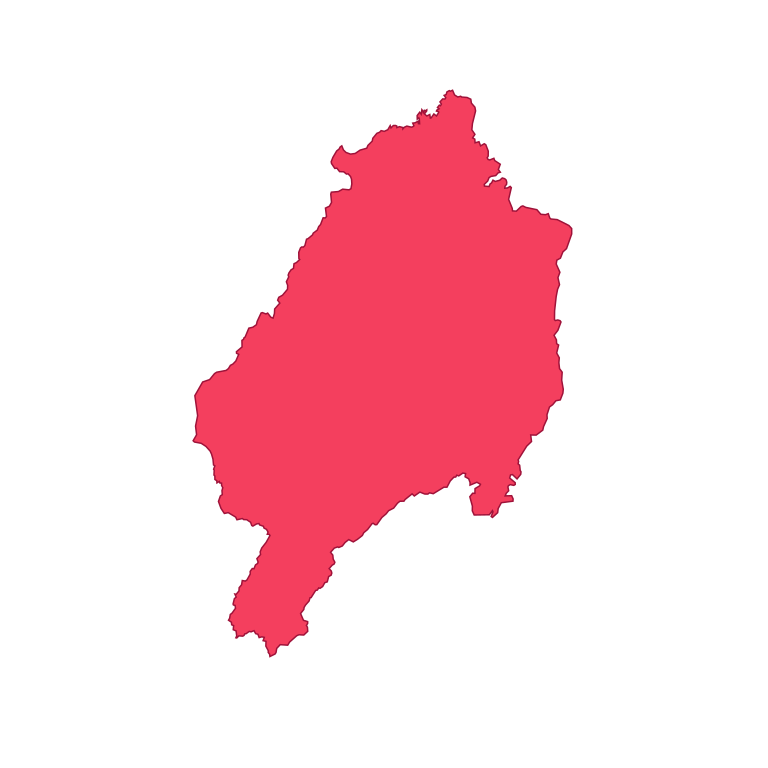 Nakhon Thai, Phitsanulok, Thailand (Equal Earth projection), rotated 205°
{"feature_id": "78962969B15017109153074", "entity_name": "Nakhon Thai", "entity_type": "district", "adm_level": 2, "iso_a3": "THA", "parent_name": "Thailand", "parent_adm1": "Phitsanulok", "projection": "equal_earth", "projection_center": [100.905, 17.13], "detail": "fine", "context": "isolated", "style": "filled", "palette": "rose", "viewbox_px": 768, "rotation_deg": 205, "n_neighbors": 0, "source": "geoboundaries", "source_scale": "gbopen_adm2", "svg_char_len": 6153}
<svg xmlns="http://www.w3.org/2000/svg" viewBox="0 0 768 768"><g transform="rotate(205 384 384)"><path d="M226.7,367.7L228.7,368.3L229.3,370.8L230.4,371.9L228.4,388.0L226.0,394.2L229.5,399.8L224.5,402.0L220.6,409.3L221.4,412.9L221.5,421.7L223.3,425.0L224.3,433.1L222.4,436.5L221.1,441.5L217.5,444.1L218.0,451.3L219.3,455.0L224.6,462.6L227.5,470.0L231.4,472.1L234.5,477.2L236.2,481.8L240.6,485.1L242.2,493.1L244.6,493.5L246.4,496.9L250.5,500.0L249.1,506.1L249.8,515.0L251.2,515.8L253.5,515.5L255.6,513.9L256.7,514.4L260.3,522.4L264.9,536.0L266.7,543.2L266.9,548.2L271.3,553.9L271.8,559.6L278.6,565.5L279.7,569.3L277.3,572.6L277.7,579.3L275.8,583.8L277.3,599.3L279.6,604.2L283.4,605.8L296.5,606.2L302.4,604.1L303.9,604.5L307.1,607.8L309.2,605.7L313.6,604.1L319.1,606.6L330.1,604.0L333.4,604.1L334.7,602.9L337.1,596.6L340.7,595.2L342.0,597.4L349.1,604.0L351.6,615.8L353.2,616.4L354.9,613.9L357.3,612.5L357.9,614.2L357.3,616.8L358.0,618.7L359.5,620.5L361.4,621.1L363.9,620.7L365.2,617.6L368.8,614.6L371.4,614.8L371.5,611.7L372.4,610.2L372.2,607.4L376.6,605.8L377.5,607.3L375.8,611.7L376.0,615.5L374.7,617.4L370.8,620.1L369.8,623.6L368.1,625.1L371.0,626.7L371.5,632.3L378.1,633.3L379.8,635.0L382.9,631.7L384.6,631.5L386.1,632.6L385.9,634.6L387.9,639.1L392.9,643.9L394.7,644.1L397.1,640.6L400.3,643.7L403.4,641.1L405.2,644.3L407.7,644.5L407.1,648.7L411.8,651.5L413.9,657.4L416.4,670.2L418.6,673.3L423.5,675.5L425.7,678.8L429.8,678.8L434.9,676.9L436.1,677.2L438.4,675.3L442.2,675.8L446.0,679.2L447.6,677.4L448.8,677.5L450.4,675.3L450.0,672.6L451.5,671.0L449.0,669.6L449.2,668.0L451.3,667.2L452.5,663.3L450.3,662.0L450.4,660.1L451.7,660.1L452.4,657.2L450.4,656.7L451.9,654.5L451.8,653.5L449.7,653.9L449.2,653.2L449.7,649.1L452.9,649.8L453.7,645.2L454.4,644.6L456.4,647.6L458.5,645.0L461.5,645.9L460.7,649.6L461.1,650.5L461.9,649.2L463.1,649.1L462.8,645.8L463.4,647.4L465.6,648.6L464.3,644.2L466.5,645.4L467.4,641.3L465.8,638.1L465.0,640.0L464.1,639.3L461.7,634.9L462.8,634.5L464.2,636.5L466.3,633.8L468.2,632.6L466.0,630.6L466.5,629.5L467.6,628.4L472.3,627.4L474.1,625.3L474.7,623.2L475.4,624.4L478.7,623.8L480.7,621.8L481.5,623.2L482.7,623.2L484.8,622.2L485.9,619.1L487.6,620.8L488.0,616.1L490.5,613.1L493.7,612.4L494.4,610.3L496.4,608.2L498.0,602.0L497.3,599.1L499.4,593.5L499.3,590.4L504.5,585.9L507.5,580.8L511.5,578.2L516.3,577.8L519.7,579.0L522.9,582.0L523.9,580.3L524.0,578.0L525.4,575.2L526.1,567.8L525.8,563.1L524.7,561.6L519.7,558.6L517.9,559.7L514.0,557.7L510.2,559.3L506.8,558.4L505.3,559.3L502.0,557.9L500.0,555.9L497.7,551.7L496.5,547.0L497.8,545.2L503.8,543.1L506.6,539.2L512.8,535.6L512.5,533.6L508.3,526.4L508.6,522.1L511.4,518.7L506.9,511.5L507.4,509.7L509.4,508.9L508.9,501.7L509.7,499.1L509.5,495.3L511.9,490.8L511.8,488.9L514.3,483.6L515.4,482.5L514.2,476.0L514.9,474.0L516.4,473.5L517.2,472.1L516.9,467.3L514.2,461.8L513.0,461.2L514.7,457.0L516.4,455.0L514.9,450.5L516.5,448.2L517.1,444.5L516.9,442.2L515.6,440.8L515.7,435.4L513.0,432.7L511.5,429.1L513.5,421.6L516.0,418.1L515.8,415.0L512.6,413.3L514.8,405.8L513.1,401.6L512.4,396.8L514.8,396.7L519.4,399.1L520.6,397.6L524.4,397.3L525.4,396.4L525.4,387.1L524.7,383.8L526.9,380.0L530.1,377.5L529.7,367.9L530.4,366.7L530.2,365.1L531.2,363.5L528.3,357.6L531.4,350.9L530.6,349.5L528.2,349.5L528.0,342.2L529.4,338.2L531.1,336.0L531.5,332.3L532.8,329.6L540.6,324.0L542.0,321.8L543.9,314.3L549.2,309.2L550.5,293.5L539.5,276.5L537.0,266.2L532.4,258.8L533.0,251.9L531.3,251.3L524.6,253.0L519.0,252.2L513.2,249.7L510.7,247.6L507.3,243.7L504.3,238.6L502.7,238.3L502.4,234.7L501.5,234.2L499.6,229.6L498.4,229.1L496.9,226.0L494.7,225.7L493.6,223.8L492.1,226.1L490.9,224.9L489.3,225.5L488.3,223.4L486.3,221.9L485.8,218.9L483.8,215.4L485.0,213.4L484.4,207.6L479.2,202.4L474.0,199.2L470.8,201.6L462.2,200.7L459.9,198.8L455.5,202.2L453.9,201.8L451.1,203.0L446.5,202.3L444.1,199.9L442.8,199.8L440.3,203.4L438.3,204.7L437.2,203.7L433.2,204.1L431.8,202.7L429.1,202.6L426.5,200.8L426.3,198.5L424.4,199.2L423.3,198.5L423.9,190.6L425.5,183.7L425.3,179.5L423.8,177.3L425.4,172.0L422.9,169.5L422.7,168.0L424.0,165.7L423.8,161.6L425.4,161.1L426.1,157.6L424.9,155.2L425.4,148.5L426.4,146.8L429.4,146.0L428.2,141.8L429.2,138.2L428.0,135.2L429.1,130.9L430.4,130.6L427.9,128.4L428.9,126.2L427.8,120.8L427.1,120.1L425.4,120.4L423.8,118.0L424.9,112.1L425.9,110.2L424.9,106.4L425.1,104.2L421.6,103.6L420.3,101.4L418.2,101.5L416.8,97.6L413.7,97.7L411.0,93.4L411.0,91.4L410.1,91.6L409.1,94.4L405.4,95.8L404.6,97.0L404.6,98.7L403.4,99.5L401.6,102.8L399.7,103.2L397.6,105.5L394.8,103.5L392.5,103.9L390.0,101.4L387.9,103.2L385.4,103.8L385.1,100.3L382.2,100.9L380.3,96.5L376.1,93.3L375.5,91.8L373.5,90.8L372.2,88.8L368.6,93.3L368.4,95.1L369.5,99.0L367.9,103.9L360.9,106.6L360.5,110.2L356.7,119.0L355.1,120.8L350.6,122.6L348.6,127.6L350.6,131.2L352.3,132.4L352.0,134.8L352.8,136.4L357.1,135.8L362.6,140.7L361.4,145.8L362.0,147.7L361.7,150.5L360.2,155.7L360.7,159.0L359.8,159.6L358.7,168.0L357.3,169.1L357.0,171.6L355.6,171.8L354.0,174.5L353.7,178.9L351.8,180.7L352.8,186.1L351.1,188.4L351.4,190.6L352.7,192.2L355.7,193.5L354.4,197.9L353.1,199.8L353.2,201.7L356.0,203.8L358.1,207.3L361.3,208.9L359.7,214.3L357.1,216.8L355.9,216.7L353.3,219.6L352.3,223.9L350.2,228.1L345.1,227.9L342.4,232.0L339.6,237.6L339.5,240.7L337.4,245.1L335.8,252.4L335.0,253.2L332.5,252.7L331.1,253.5L329.5,262.2L327.2,267.2L326.3,271.1L322.8,275.6L321.4,281.7L320.0,284.5L316.4,286.2L316.1,288.2L312.1,296.3L309.2,295.3L305.8,301.2L300.6,301.5L297.7,302.8L296.8,304.6L293.0,305.4L286.1,315.8L283.3,317.1L283.0,324.1L281.3,329.1L279.7,330.0L279.5,332.1L277.4,332.3L274.9,336.6L272.2,337.3L271.3,334.2L267.2,333.9L264.3,331.0L263.3,328.7L258.3,334.2L254.2,333.9L254.3,332.1L257.3,327.7L255.4,323.3L257.5,322.5L258.6,318.1L252.3,310.7L250.4,306.4L246.9,303.4L233.3,310.0L232.2,315.1L231.2,314.2L230.9,309.2L229.3,308.9L226.6,315.4L227.9,319.4L227.5,326.0L217.6,332.3L218.4,334.4L221.1,336.7L226.9,333.8L227.0,336.7L225.9,339.9L228.2,343.1L228.3,344.3L227.2,346.1L223.5,347.0L222.6,348.4L223.4,350.0L230.4,351.9L230.9,355.1L229.3,356.2L223.3,354.2L221.9,359.9L222.7,362.3L224.0,363.2L226.7,367.7Z" fill="#f43f5e" stroke="#9f1239" stroke-width="1.5"/></g></svg>